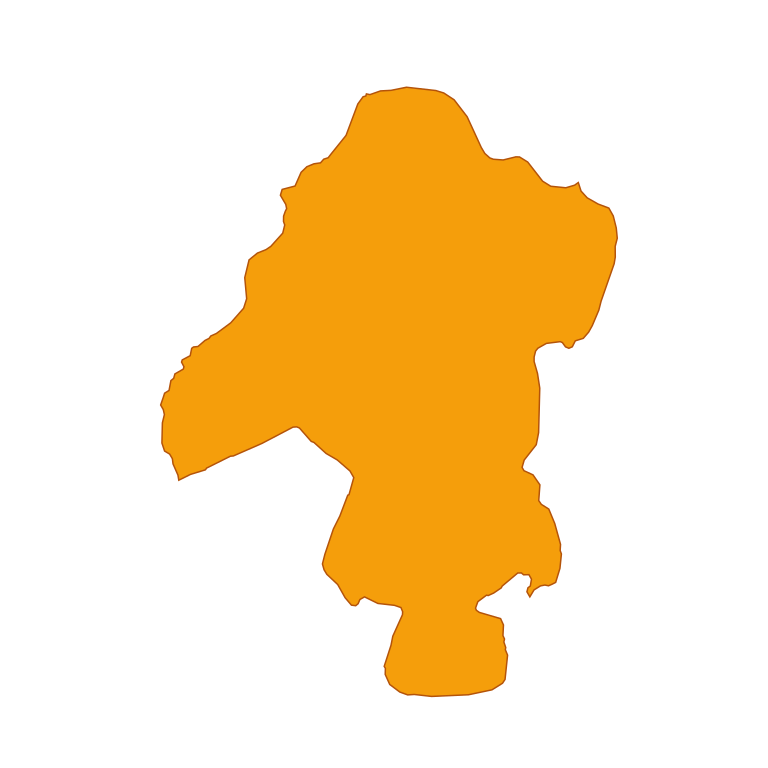 Ipala, Chiquimula, Guatemala, rotated 13°
{"feature_id": "79465075B7392170561334", "entity_name": "Ipala", "entity_type": "district", "adm_level": 2, "iso_a3": "GTM", "parent_name": "Guatemala", "parent_adm1": "Chiquimula", "projection": "orthographic", "projection_center": [-89.607, 14.58], "detail": "fine", "context": "isolated", "style": "filled", "palette": "amber", "viewbox_px": 768, "rotation_deg": 13, "n_neighbors": 0, "source": "geoboundaries", "source_scale": "gbopen_adm2", "svg_char_len": 2624}
<svg xmlns="http://www.w3.org/2000/svg" viewBox="0 0 768 768"><g transform="rotate(13 384 384)"><path d="M574.0,558.6L576.5,550.9L581.9,545.5L586.0,543.7L589.7,543.6L592.8,541.3L595.9,538.7L596.9,524.0L595.1,509.7L593.1,506.6L592.1,500.6L581.8,481.6L572.7,468.8L564.4,465.9L561.0,462.8L558.6,447.2L549.6,439.0L539.9,437.0L537.3,434.2L537.7,426.6L546.0,408.9L545.6,396.7L536.7,353.0L531.2,339.2L525.2,328.3L524.2,323.9L524.3,317.8L525.9,314.5L533.1,307.9L546.2,303.1L548.5,303.5L552.5,307.0L556.1,307.6L559.1,305.4L560.7,298.9L567.9,294.7L571.7,287.5L573.8,280.3L576.7,263.7L576.9,254.5L581.2,215.1L580.8,208.3L578.3,197.9L578.5,189.5L575.2,179.7L569.6,168.7L563.5,162.0L552.2,160.5L540.1,156.9L532.6,151.7L528.0,144.0L525.0,147.4L517.0,151.9L502.0,153.8L492.9,150.7L474.1,135.4L465.0,132.3L461.4,133.0L449.7,138.9L440.0,140.4L436.2,139.9L430.4,136.7L425.6,131.7L404.9,104.9L388.4,91.3L376.8,87.0L368.5,86.4L339.1,89.8L324.8,96.3L314.7,99.2L305.2,105.2L301.6,105.3L301.5,107.5L299.0,108.8L295.5,117.0L291.1,150.3L280.4,172.4L278.7,176.1L274.7,178.5L272.4,182.8L266.2,185.2L260.0,189.6L255.6,196.4L252.8,211.1L241.0,217.3L240.6,223.4L247.9,231.1L249.7,235.1L249.0,237.7L248.4,243.0L249.5,248.2L251.5,251.4L251.4,259.8L242.8,275.3L238.7,279.7L231.2,284.9L224.6,293.4L224.4,311.7L231.0,331.8L230.2,341.7L220.9,358.9L209.3,372.5L204.4,376.2L203.3,378.9L199.8,381.8L194.3,389.3L190.0,390.8L188.6,392.5L188.8,400.0L182.0,405.9L181.8,408.2L185.2,412.2L185.1,414.6L178.0,421.2L177.8,425.8L175.6,428.6L176.0,438.6L172.3,442.3L171.9,447.1L171.1,454.7L174.7,458.6L176.9,463.2L176.8,471.7L180.9,491.5L185.3,498.7L190.9,500.5L194.6,504.4L196.4,509.3L203.7,519.1L205.7,523.9L215.8,515.6L229.3,507.8L230.1,505.8L250.6,488.9L253.4,488.0L278.5,469.3L305.0,446.5L308.6,445.4L311.5,445.9L326.0,456.3L328.9,456.7L343.2,464.7L355.5,468.5L370.4,476.4L375.6,482.0L374.8,499.7L373.7,500.5L370.7,522.5L367.3,536.6L364.7,563.2L364.5,573.2L367.4,578.5L371.1,582.3L384.0,589.8L394.2,601.0L402.0,606.8L406.3,606.4L408.2,603.9L409.0,599.4L412.9,595.8L427.4,599.2L444.0,597.3L450.8,598.0L453.4,601.7L453.9,604.7L449.3,627.8L449.6,637.0L447.7,659.1L449.3,660.7L450.5,666.7L457.2,675.5L468.7,680.6L477.0,681.6L483.3,679.7L500.7,677.7L536.2,667.8L558.0,657.7L566.8,648.9L568.4,644.6L565.4,620.4L562.0,615.6L561.9,613.4L558.8,608.4L558.8,605.4L556.5,602.4L554.6,591.9L550.4,586.4L528.3,585.1L524.9,583.7L523.6,581.8L524.4,575.0L531.4,566.7L533.1,566.7L537.9,563.0L544.1,556.3L544.6,554.3L556.8,538.1L560.4,537.2L562.9,538.5L568.1,537.2L571.6,541.0L572.0,547.9L570.1,550.2L570.0,554.3L574.0,558.6Z" fill="#f59e0b" stroke="#b45309" stroke-width="1.5"/></g></svg>